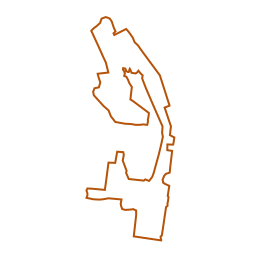 outline of Tejen, Ahal, Turkmenistan, rotated 188°
{"feature_id": "10190150B49022220136906", "entity_name": "Tejen", "entity_type": "district", "adm_level": 2, "iso_a3": "TKM", "parent_name": "Turkmenistan", "parent_adm1": "Ahal", "projection": "robinson", "projection_center": [60.242, 38.323], "detail": "fine", "context": "isolated", "style": "outline", "palette": "amber", "viewbox_px": 256, "rotation_deg": 188, "n_neighbors": 0, "source": "geoboundaries", "source_scale": "gbopen_adm2", "svg_char_len": 3021}
<svg xmlns="http://www.w3.org/2000/svg" viewBox="0 0 256 256"><g transform="rotate(188 128 128)"><path d="M131.2,56.0L124.9,56.3L124.5,56.3L124.7,52.1L124.1,50.3L123.7,49.2L122.4,46.9L122.1,46.9L119.3,46.5L114.6,47.5L113.8,47.7L112.0,48.2L111.5,48.4L110.8,48.1L108.8,47.6L108.5,47.5L108.1,45.0L108.0,44.2L107.8,43.2L107.2,21.5L79.5,21.3L79.5,21.8L80.2,23.3L80.6,25.1L79.5,26.4L79.3,54.4L79.2,55.2L78.1,56.2L78.1,57.4L78.4,58.4L78.2,61.4L78.3,65.3L78.5,65.6L79.2,66.1L79.1,76.5L83.7,77.8L84.3,78.2L85.4,78.6L85.6,79.2L85.9,79.4L85.9,80.0L86.5,81.5L85.8,84.7L85.7,84.8L85.7,85.3L84.2,87.8L80.5,89.6L80.7,94.3L80.8,97.6L81.0,106.9L81.1,111.5L86.0,111.5L86.7,117.2L81.0,117.8L80.9,117.9L80.8,125.1L81.1,125.2L84.0,126.2L85.5,126.8L85.7,135.3L85.7,135.7L86.4,137.0L93.2,150.6L94.4,152.9L94.6,153.3L91.6,155.0L90.0,155.9L90.1,156.2L90.9,157.9L103.6,184.2L103.8,184.6L113.0,194.0L118.7,199.8L123.8,205.0L127.8,209.2L129.6,211.2L129.8,211.3L133.3,213.8L136.0,218.3L140.6,223.2L143.6,225.8L154.5,218.2L155.4,219.7L155.5,219.8L153.8,222.0L155.6,224.6L155.7,224.8L157.2,227.7L158.9,231.2L161.3,233.8L161.7,233.9L162.4,234.1L163.8,234.5L165.6,234.7L165.8,234.6L166.0,234.5L169.4,232.6L170.2,228.2L171.7,226.4L172.5,225.4L173.1,224.7L175.5,222.3L177.1,220.4L177.9,219.2L177.2,218.1L175.6,215.6L167.8,203.5L167.8,203.4L166.1,200.8L162.8,195.5L158.9,189.5L158.5,188.4L158.2,187.7L155.2,180.2L165.6,177.5L165.4,176.9L163.6,172.8L162.3,170.4L161.8,169.5L161.8,169.1L162.5,164.2L166.4,162.8L166.7,162.7L167.4,159.7L167.6,159.2L166.4,155.7L155.2,146.3L155.0,146.2L149.7,142.7L146.5,137.1L141.5,132.3L141.3,132.2L131.0,131.8L130.6,131.9L126.4,132.3L123.0,132.3L120.7,132.2L118.2,132.6L115.7,133.0L114.7,133.3L113.3,133.7L111.9,133.7L109.6,133.8L109.4,133.8L109.3,134.9L109.1,136.5L109.5,139.3L109.4,140.7L109.3,141.8L109.3,143.4L109.4,145.8L122.5,153.0L127.1,155.5L127.5,155.7L129.6,156.6L129.9,169.2L132.7,172.3L134.8,175.9L136.8,178.6L138.5,178.9L139.0,179.0L139.0,179.4L138.7,181.7L139.6,183.3L139.9,183.8L141.1,185.1L141.1,185.7L141.1,186.6L139.0,186.5L138.3,185.4L138.2,185.3L138.0,184.8L137.6,183.9L136.0,183.6L135.8,183.5L135.1,183.5L134.6,186.5L134.5,186.9L134.0,186.4L133.7,185.8L132.7,184.2L132.1,183.1L128.0,183.1L127.8,183.3L126.8,184.2L125.6,186.2L123.4,184.0L122.8,183.6L120.8,182.1L120.9,179.1L119.8,177.1L115.8,169.9L105.9,153.6L104.6,151.5L94.0,134.3L93.7,130.2L93.6,128.1L93.2,127.0L92.4,124.5L92.3,124.3L92.3,123.5L93.0,114.4L93.4,110.5L93.9,105.5L94.5,101.0L96.3,87.1L96.9,84.3L97.2,83.0L98.0,81.5L99.7,78.6L99.8,78.5L101.0,78.8L103.7,79.5L103.9,79.3L105.0,78.1L120.2,77.6L120.4,78.0L123.7,83.4L123.4,85.3L127.1,92.1L127.3,92.5L128.7,95.1L128.5,98.8L128.4,100.7L129.3,103.4L129.6,103.4L135.4,103.0L135.8,91.7L142.5,91.0L142.3,72.5L142.3,70.2L142.3,63.5L154.7,62.9L154.8,62.9L159.4,62.5L159.7,62.5L160.5,60.4L159.2,58.0L158.8,55.7L159.4,53.1L158.7,53.0L153.7,52.7L152.7,52.6L146.4,53.1L142.6,54.0L142.3,54.1L140.5,54.7L137.5,55.7L137.4,55.7L137.0,55.7L131.2,56.0Z" fill="none" stroke="#b45309" stroke-width="2"/></g></svg>